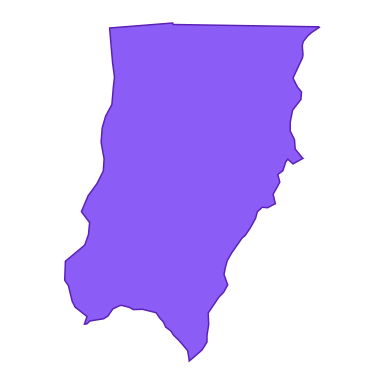 Akrounta, Limassol, Cyprus
{"feature_id": "46923920B9676059299864", "entity_name": "Akrounta", "entity_type": "district", "adm_level": 2, "iso_a3": "CYP", "parent_name": "Cyprus", "parent_adm1": "Limassol", "projection": "equal_earth", "projection_center": [33.086, 34.766], "detail": "fine", "context": "isolated", "style": "filled", "palette": "violet", "viewbox_px": 384, "rotation_deg": 0, "n_neighbors": 0, "source": "geoboundaries", "source_scale": "gbopen_adm2", "svg_char_len": 1342}
<svg xmlns="http://www.w3.org/2000/svg" viewBox="0 0 384 384"><path d="M172.7,23.0L109.6,28.0L112.6,63.0L114.5,77.2L113.4,86.5L111.9,104.4L105.6,116.2L102.2,127.9L101.1,142.2L104.1,158.8L103.3,171.0L97.0,183.6L88.1,195.8L81.4,211.6L89.6,222.6L88.5,234.4L84.8,245.0L74.7,253.5L65.4,261.2L64.7,280.3L68.4,285.6L72.1,301.0L75.1,307.1L87.0,316.5L84.4,324.1L86.8,323.9L90.0,321.0L96.5,319.9L103.5,318.8L108.0,316.0L110.9,311.7L112.9,308.9L119.8,305.6L121.8,305.4L129.5,307.4L133.4,309.6L142.5,309.3L156.1,312.7L159.7,318.0L163.4,321.9L165.7,327.1L170.0,330.3L170.8,330.9L173.4,335.0L178.9,340.4L181.9,343.8L187.6,350.6L188.7,356.8L189.2,361.0L193.0,357.9L202.1,349.9L207.0,342.0L207.0,335.3L208.7,324.5L208.2,313.0L218.9,297.1L223.7,292.2L227.7,284.9L224.0,274.5L225.3,267.7L227.3,260.5L231.6,253.0L242.1,238.0L245.2,235.5L250.4,227.7L255.6,218.3L257.3,211.8L262.2,207.3L267.7,207.7L274.6,204.0L275.3,203.7L274.9,201.9L273.1,194.2L277.1,187.2L279.8,182.1L277.8,174.5L282.9,170.7L285.7,162.0L287.8,159.2L293.0,163.9L302.5,158.6L302.9,158.4L302.7,158.3L295.2,149.1L294.5,139.7L290.2,131.0L290.2,122.4L292.6,110.1L300.9,99.5L301.5,92.0L297.3,86.8L293.0,78.1L302.5,57.7L303.0,54.5L302.6,50.0L302.3,45.4L303.3,41.5L307.6,36.0L311.6,32.5L319.3,27.3L318.5,26.7L318.4,26.8L173.2,24.5L172.7,23.0Z" fill="#8b5cf6" stroke="#5b21b6" stroke-width="1.5"/></svg>